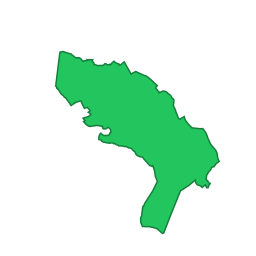 Ixtapaluca, México, Mexico, rotated 48°
{"feature_id": "50627088B19998510456179", "entity_name": "Ixtapaluca", "entity_type": "district", "adm_level": 2, "iso_a3": "MEX", "parent_name": "Mexico", "parent_adm1": "México", "projection": "orthographic", "projection_center": [-98.802, 19.329], "detail": "fine", "context": "isolated", "style": "filled", "palette": "green", "viewbox_px": 256, "rotation_deg": 48, "n_neighbors": 0, "source": "geoboundaries", "source_scale": "gbopen_adm2", "svg_char_len": 5620}
<svg xmlns="http://www.w3.org/2000/svg" viewBox="0 0 256 256"><g transform="rotate(48 128 128)"><path d="M197.6,171.2L202.6,176.8L203.2,178.7L206.7,181.7L206.8,181.7L210.9,183.2L216.4,177.4L217.2,177.1L219.4,175.4L222.4,173.8L227.3,173.2L229.7,172.7L229.9,171.7L221.1,154.2L209.8,131.0L211.4,121.3L211.7,113.2L211.7,112.9L213.9,114.2L214.6,114.4L215.2,114.5L216.0,114.5L216.7,114.4L217.4,114.1L219.0,113.1L219.8,112.8L220.4,112.7L221.8,112.7L221.9,109.9L221.8,109.1L222.0,108.5L222.3,108.5L223.4,109.0L223.9,109.1L224.3,109.3L224.9,109.4L225.2,109.4L225.3,109.3L225.9,108.3L225.8,108.2L225.6,107.8L225.4,107.8L225.2,107.5L225.2,107.0L224.7,106.4L224.4,104.2L223.9,104.1L223.3,104.4L222.7,104.4L222.4,104.5L221.8,104.6L220.8,104.1L220.3,104.1L219.0,104.4L218.6,104.5L218.3,104.4L218.0,104.2L217.9,103.9L217.5,103.2L217.2,102.8L216.2,101.7L215.8,101.1L215.3,99.4L214.8,98.3L214.8,97.8L214.6,97.3L214.4,96.7L214.5,96.2L214.5,95.6L214.5,95.2L214.2,94.2L214.0,93.7L213.2,92.1L214.3,89.9L214.1,89.4L214.0,88.5L213.5,86.7L213.8,82.5L212.2,82.2L211.7,82.1L211.1,81.7L208.8,80.4L207.6,79.5L206.1,78.6L203.2,77.7L196.0,77.5L192.9,76.7L191.3,76.1L189.9,75.8L188.8,75.4L188.2,75.1L187.6,74.8L186.2,74.2L183.8,73.4L178.5,72.8L177.4,74.2L176.5,75.2L175.3,76.2L174.4,77.1L172.3,78.9L171.3,79.8L170.5,80.4L168.9,80.4L167.5,80.5L166.4,80.6L162.0,80.3L160.7,80.1L159.1,79.6L157.9,79.0L157.1,78.6L156.8,80.3L156.5,81.5L156.3,83.6L155.7,83.6L155.1,84.0L154.9,84.0L153.8,83.8L152.5,83.3L151.4,82.7L150.9,82.5L149.5,82.2L148.9,82.0L146.8,80.9L146.1,80.6L145.3,80.3L144.6,80.2L143.5,79.9L142.8,79.6L142.0,79.4L141.5,79.0L138.4,75.6L137.6,75.0L137.0,74.9L136.6,74.9L135.6,75.2L135.0,75.1L133.7,74.8L132.9,74.6L132.4,74.5L131.4,74.7L130.4,74.8L130.1,74.8L129.2,75.3L128.9,75.3L128.1,75.1L127.4,75.2L126.8,75.4L126.0,75.6L125.3,76.2L124.3,76.9L124.0,77.0L123.7,78.2L122.7,81.3L122.3,81.2L121.5,80.7L121.1,80.9L120.2,80.9L119.3,80.7L118.1,80.8L117.0,80.7L116.6,80.6L116.3,79.6L116.2,77.9L106.6,78.7L102.0,79.5L99.3,81.0L97.2,81.9L96.4,82.2L95.5,82.8L94.1,83.1L93.4,83.6L91.2,84.4L89.9,89.6L79.1,87.2L78.3,87.0L77.4,86.8L76.3,86.6L76.1,91.4L75.7,91.8L75.4,92.5L74.6,91.9L74.2,92.0L72.6,92.9L71.8,93.3L70.9,93.5L70.0,93.8L69.5,93.5L69.0,93.8L68.9,96.5L69.3,98.4L69.4,98.6L68.7,98.7L68.4,98.9L68.4,99.4L68.3,99.7L67.7,100.6L66.7,101.2L65.5,101.5L64.7,102.2L64.8,103.0L64.9,103.6L64.8,104.7L63.2,106.4L62.9,107.0L62.5,107.4L61.8,108.2L61.2,108.8L59.8,109.6L58.2,110.8L57.5,110.1L56.9,109.9L55.4,109.7L55.2,109.9L54.2,109.8L53.7,108.6L52.9,109.4L52.6,109.7L52.5,109.9L51.8,110.4L51.5,110.6L51.1,111.6L50.1,112.4L50.8,112.4L50.7,113.0L48.7,115.6L48.7,116.5L48.3,116.7L47.6,116.9L44.8,116.7L44.1,117.0L43.4,117.1L42.5,117.9L42.2,118.1L41.9,118.6L41.3,119.2L41.1,119.5L40.8,119.8L40.3,120.0L40.1,120.1L37.7,120.4L36.0,120.7L35.5,120.8L35.1,120.7L34.9,120.9L34.6,121.1L33.3,121.7L32.9,122.1L30.4,123.7L30.2,123.6L29.9,123.8L29.7,124.0L28.4,124.7L27.7,125.2L27.5,125.4L27.4,125.4L26.9,126.4L26.1,127.7L26.2,127.9L28.7,130.9L46.2,151.1L48.0,153.1L48.5,153.6L48.8,153.7L50.1,153.6L50.4,154.1L50.7,154.3L51.7,154.2L51.9,154.2L51.9,153.9L52.4,153.9L57.4,154.9L59.5,154.7L60.7,154.4L61.2,154.5L62.3,154.7L62.5,154.7L64.0,154.2L70.9,154.9L73.0,155.4L73.3,155.1L73.4,153.8L73.8,151.4L73.6,151.4L74.3,149.3L74.2,149.3L74.7,148.1L76.1,145.1L76.5,144.9L79.1,145.8L81.8,146.6L84.2,147.3L84.7,145.9L85.7,144.4L90.0,144.6L89.7,147.0L92.3,146.3L92.3,146.6L93.4,146.7L93.2,147.8L93.1,148.7L92.9,150.0L90.6,154.8L93.1,155.1L93.4,155.1L93.6,155.0L93.5,156.8L93.9,156.8L94.5,156.5L94.8,156.5L95.3,156.7L96.1,156.8L97.6,156.7L97.9,156.6L98.2,156.6L98.4,156.5L99.1,156.4L99.3,156.2L99.7,156.1L100.0,155.9L100.6,155.9L101.0,155.5L101.3,155.3L101.4,155.2L101.5,154.8L101.9,154.6L102.1,154.1L103.0,152.8L103.1,152.5L103.2,152.3L103.2,152.2L103.6,152.0L104.0,151.6L104.2,151.1L104.2,150.9L104.4,150.7L104.5,150.4L104.8,149.7L105.1,149.6L105.4,149.4L105.7,149.1L106.3,148.7L106.9,148.1L107.5,147.5L107.6,147.4L107.8,147.3L108.0,147.0L108.8,146.6L109.1,146.6L109.4,146.1L109.8,145.9L111.7,147.0L112.2,146.7L112.4,146.7L112.6,146.3L113.4,145.6L113.6,145.4L114.1,144.2L114.0,143.4L114.1,143.1L114.0,142.7L114.3,142.4L114.9,142.2L115.1,142.1L115.5,142.0L116.0,141.9L117.0,142.0L118.1,142.4L118.8,142.9L119.8,143.7L119.9,143.8L119.9,144.0L119.9,144.3L119.8,144.5L119.6,144.8L119.6,145.0L120.0,145.6L120.2,145.8L120.5,146.8L120.2,147.2L120.0,147.7L120.0,147.8L120.0,148.0L119.8,148.0L119.4,148.8L118.6,149.4L118.4,149.8L118.1,150.3L117.7,150.5L117.6,150.8L117.3,151.1L116.5,151.4L115.9,151.4L113.9,151.9L113.7,151.8L113.9,153.5L114.4,154.5L114.7,155.0L115.4,155.8L116.2,156.7L116.7,157.3L116.9,157.4L117.9,156.6L118.5,156.3L119.2,156.3L119.3,156.2L119.9,156.2L120.2,156.3L120.5,156.3L121.3,155.9L121.9,155.8L122.3,155.6L123.1,154.7L123.7,154.4L124.0,154.3L124.3,154.1L126.0,152.6L126.5,152.4L127.1,151.8L127.3,151.4L127.5,150.9L127.8,150.5L128.1,150.1L128.4,149.9L128.6,149.6L129.1,149.4L130.2,148.6L130.4,148.8L130.6,148.3L131.6,148.0L132.8,147.8L133.5,147.2L133.8,147.1L134.3,147.1L134.9,146.9L135.5,146.3L136.7,145.2L137.5,144.2L138.4,143.8L139.6,142.9L139.8,142.4L140.5,142.0L140.9,141.5L142.8,141.0L143.1,140.9L144.3,139.9L145.3,139.3L146.1,139.2L147.6,139.3L148.2,139.2L149.2,139.1L150.8,138.8L151.6,139.2L152.3,139.5L153.0,139.6L153.8,139.6L154.8,139.5L155.5,139.2L156.9,138.6L157.9,137.9L158.5,137.4L158.9,136.9L159.0,136.8L159.4,136.6L160.7,136.9L170.4,137.0L172.7,135.7L172.3,135.0L172.8,134.7L178.1,137.2L182.6,140.3L183.2,140.4L187.4,141.9L191.3,151.8L195.1,165.7L196.5,168.8L196.2,169.4L197.0,170.0L197.6,171.2Z" fill="#22c55e" stroke="#15803d" stroke-width="1.5"/></g></svg>